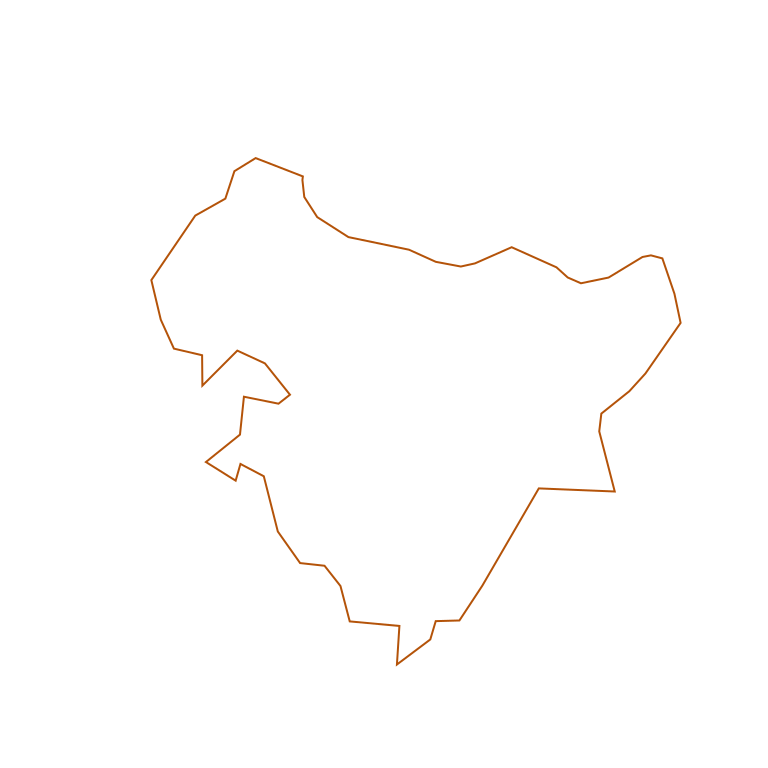 the district of King George, Virginia, United States of America, rotated 28°
{"feature_id": "52423323B49915090646837", "entity_name": "King George", "entity_type": "district", "adm_level": 2, "iso_a3": "USA", "parent_name": "United States of America", "parent_adm1": "Virginia", "projection": "albers", "projection_center": [-77.168, 38.271], "detail": "fine", "context": "isolated", "style": "outline", "palette": "amber", "viewbox_px": 768, "rotation_deg": 28, "n_neighbors": 0, "source": "geoboundaries", "source_scale": "gbopen_adm2", "svg_char_len": 837}
<svg xmlns="http://www.w3.org/2000/svg" viewBox="0 0 768 768"><g transform="rotate(28 384 384)"><path d="M465.2,609.7L511.2,590.4L527.1,625.6L544.8,587.8L541.0,569.1L561.6,557.4L565.5,515.9L569.7,403.5L638.2,370.6L596.3,324.8L589.8,308.1L604.0,275.2L609.9,252.0L617.2,190.8L598.1,168.0L570.8,142.4L559.3,145.1L552.6,150.5L532.3,184.6L510.6,202.6L496.2,203.7L481.5,200.0L432.5,203.3L407.7,234.8L396.7,244.2L372.4,251.8L343.0,253.7L283.6,271.0L246.7,268.0L225.8,256.3L216.2,242.2L214.9,238.8L164.6,244.8L152.0,266.3L156.9,294.8L138.3,323.9L129.8,401.5L156.7,432.0L181.9,451.4L209.9,444.0L224.4,470.7L238.8,423.4L269.2,421.7L306.0,437.6L300.1,450.9L266.3,461.0L280.6,496.3L263.4,536.5L298.4,539.0L294.8,522.0L321.2,521.9L359.5,564.1L394.0,581.5L416.8,572.4L440.4,582.8L465.2,609.7Z" fill="none" stroke="#b45309" stroke-width="2"/></g></svg>